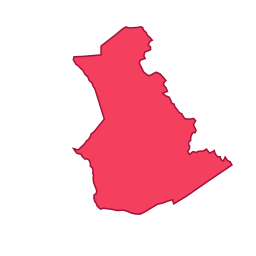 Paranacity, Paraná, Brazil (orthographic projection), rotated 326°
{"feature_id": "56859067B32403782577975", "entity_name": "Paranacity", "entity_type": "district", "adm_level": 2, "iso_a3": "BRA", "parent_name": "Brazil", "parent_adm1": "Paraná", "projection": "orthographic", "projection_center": [-52.138, -22.833], "detail": "fine", "context": "isolated", "style": "filled", "palette": "rose", "viewbox_px": 256, "rotation_deg": 326, "n_neighbors": 0, "source": "geoboundaries", "source_scale": "gbopen_adm2", "svg_char_len": 2018}
<svg xmlns="http://www.w3.org/2000/svg" viewBox="0 0 256 256"><g transform="rotate(326 128 128)"><path d="M195.3,51.3L192.8,50.3L185.6,46.2L182.6,43.0L178.9,42.8L170.2,43.7L151.5,45.0L146.5,52.3L131.3,43.8L125.2,40.1L122.9,38.8L120.8,40.9L120.5,46.3L121.5,48.3L122.0,51.9L122.8,54.7L122.4,59.8L123.3,63.2L122.4,67.1L123.3,70.1L122.5,73.8L122.4,77.2L113.4,107.3L98.2,112.0L94.3,112.3L91.1,114.5L88.7,115.4L86.7,115.4L84.2,116.4L82.3,117.0L78.7,117.6L74.5,118.3L71.3,114.6L71.3,117.5L71.5,120.4L72.8,122.0L74.4,123.4L74.1,126.0L74.9,129.7L76.8,130.6L77.8,133.3L76.8,136.6L75.4,138.6L76.2,141.2L74.9,144.3L73.4,145.7L73.0,148.0L71.3,149.5L70.3,151.5L68.9,154.2L68.3,157.2L67.5,160.6L66.9,162.7L64.8,164.7L62.4,164.5L60.5,167.1L59.4,170.2L59.5,172.7L58.8,175.3L59.2,177.7L60.0,180.0L62.8,180.8L64.7,182.5L67.9,185.3L70.1,187.4L72.9,190.4L76.8,192.6L78.6,193.9L80.4,196.1L81.9,198.3L83.5,200.7L86.1,203.4L89.8,206.2L94.6,206.9L110.0,207.7L112.8,208.9L114.9,209.6L120.5,211.0L124.7,212.4L123.5,216.5L137.9,217.2L165.6,216.8L176.9,216.8L182.9,216.8L193.5,216.8L193.8,213.0L192.3,210.7L192.3,206.4L188.6,208.7L187.5,206.2L188.4,203.4L186.2,202.1L185.9,199.2L186.1,196.9L187.0,195.0L184.0,194.8L181.6,194.4L181.2,189.3L177.9,189.3L173.6,186.8L171.0,186.4L168.6,183.9L164.3,184.3L164.4,180.8L167.4,179.5L168.9,177.7L169.1,175.4L170.6,173.5L172.8,173.5L175.1,170.5L178.7,168.1L181.1,169.3L183.0,168.2L184.0,162.0L188.2,159.7L187.7,156.7L184.5,155.4L182.5,153.9L180.4,152.3L180.2,150.0L180.5,146.2L179.1,144.0L179.0,139.2L178.7,136.7L179.6,134.0L178.2,131.9L178.8,129.5L179.3,125.5L177.2,122.2L176.2,118.6L179.2,119.1L181.1,119.8L182.0,116.3L181.6,112.5L183.0,110.3L186.0,109.9L185.6,106.1L184.8,101.0L182.6,97.5L179.2,97.0L177.0,97.0L174.2,96.1L173.1,93.1L172.3,90.0L172.9,86.3L173.5,81.0L175.9,78.6L181.1,80.0L181.4,77.1L184.3,74.4L188.0,75.3L190.5,75.7L192.0,73.5L191.2,70.4L194.6,68.5L197.2,68.8L196.9,65.6L195.9,61.8L196.5,58.9L195.6,55.3L196.3,53.0L195.3,51.3Z" fill="#f43f5e" stroke="#9f1239" stroke-width="1.5"/></g></svg>